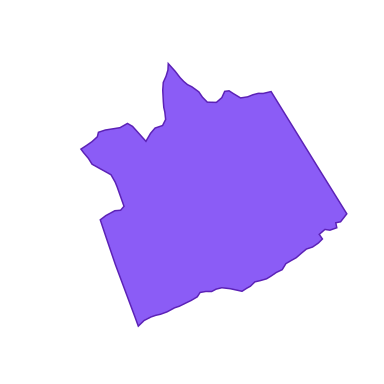 Terra Alta, Pará, Brazil, rotated 323°
{"feature_id": "56859067B85639510417491", "entity_name": "Terra Alta", "entity_type": "district", "adm_level": 2, "iso_a3": "BRA", "parent_name": "Brazil", "parent_adm1": "Pará", "projection": "natural_earth1", "projection_center": [-47.851, -0.993], "detail": "fine", "context": "isolated", "style": "filled", "palette": "violet", "viewbox_px": 384, "rotation_deg": 323, "n_neighbors": 0, "source": "geoboundaries", "source_scale": "gbopen_adm2", "svg_char_len": 1321}
<svg xmlns="http://www.w3.org/2000/svg" viewBox="0 0 384 384"><g transform="rotate(323 192 192)"><path d="M255.2,308.5L262.3,308.8L267.9,308.0L268.1,302.4L275.6,301.9L279.2,305.5L286.1,307.7L288.3,303.1L292.7,305.2L302.5,302.6L307.2,250.1L315.6,159.4L308.1,156.1L304.3,153.1L299.2,151.0L293.7,149.5L287.4,146.1L284.1,137.9L282.5,133.5L278.7,131.3L272.6,134.6L265.4,135.1L258.3,129.5L257.4,122.5L257.7,116.1L255.2,107.9L253.0,103.5L251.9,98.7L251.3,93.6L251.2,85.4L250.3,75.2L246.2,80.1L241.0,83.9L235.0,87.2L229.9,93.1L223.4,102.7L220.4,107.4L218.3,112.0L214.6,118.2L208.5,121.2L201.0,118.7L194.2,120.2L185.7,123.8L184.0,103.8L181.7,98.4L173.2,97.3L160.0,90.3L153.2,88.0L149.7,90.9L142.4,91.6L134.9,91.3L129.1,90.9L129.1,95.7L129.5,102.8L128.9,109.7L137.7,129.5L136.6,137.9L135.3,142.8L129.1,162.5L124.0,163.6L119.1,160.5L109.1,159.0L102.0,159.0L95.9,177.2L87.1,204.0L71.3,257.3L68.4,266.8L76.4,265.8L84.0,267.1L88.9,268.7L93.3,270.7L99.9,272.7L108.4,274.0L113.1,275.6L119.5,276.8L126.0,278.1L133.1,278.9L138.0,277.1L143.1,279.7L147.8,283.3L152.8,284.1L158.2,286.4L164.4,292.3L172.2,301.4L177.7,301.8L181.9,302.4L188.1,301.6L193.3,303.9L199.3,306.2L204.4,306.7L210.9,307.0L217.3,308.3L223.9,305.7L229.9,306.4L235.7,307.2L242.4,306.7L249.0,306.4L255.2,308.5Z" fill="#8b5cf6" stroke="#5b21b6" stroke-width="1.5"/></g></svg>